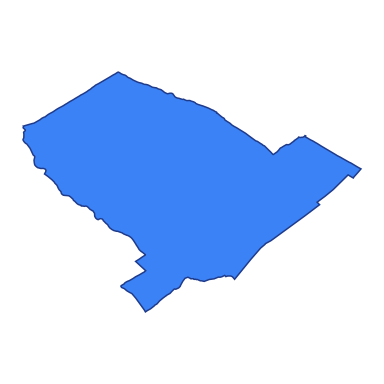 outline of Adaseni, Botosani, Romania
{"feature_id": "2599482B82980263638886", "entity_name": "Adaseni", "entity_type": "district", "adm_level": 2, "iso_a3": "ROU", "parent_name": "Romania", "parent_adm1": "Botosani", "projection": "equal_earth", "projection_center": [26.935, 48.065], "detail": "fine", "context": "isolated", "style": "filled", "palette": "blue", "viewbox_px": 384, "rotation_deg": 0, "n_neighbors": 0, "source": "geoboundaries", "source_scale": "gbopen_adm2", "svg_char_len": 5877}
<svg xmlns="http://www.w3.org/2000/svg" viewBox="0 0 384 384"><path d="M353.3,178.0L353.9,177.0L354.5,176.3L357.4,173.1L361.0,168.9L357.7,167.1L350.9,163.0L349.3,162.3L344.7,159.7L342.9,158.7L340.7,157.4L337.2,155.6L336.4,155.1L335.8,154.7L321.3,146.1L317.2,143.5L315.4,142.5L312.9,141.0L312.1,140.6L311.0,140.1L310.1,139.6L305.3,136.8L305.5,136.5L305.7,135.9L305.0,135.6L304.5,136.3L303.8,136.8L303.2,137.1L302.5,137.3L301.6,137.3L300.5,137.5L299.5,137.3L298.6,137.1L298.3,137.7L297.8,138.1L297.0,138.7L295.6,139.7L294.3,140.5L294.0,140.9L294.0,141.1L293.6,141.4L293.3,141.6L293.2,141.7L292.3,142.2L291.7,142.8L291.1,143.2L290.4,143.7L290.3,143.9L290.2,144.0L289.0,144.6L288.5,144.7L288.2,144.7L287.7,144.7L286.4,144.6L283.4,146.3L281.7,147.4L280.3,148.1L279.4,149.2L278.9,149.9L277.8,151.1L277.2,151.7L276.7,152.2L276.2,152.5L275.6,152.9L274.9,153.4L274.5,153.7L273.6,154.3L273.3,154.5L273.1,154.4L272.9,154.4L272.6,154.1L270.5,151.8L268.5,149.9L267.2,148.6L265.3,146.7L264.9,146.3L264.5,145.9L263.5,145.5L263.1,145.3L262.3,144.6L261.8,144.2L260.7,143.6L259.8,143.0L258.3,142.0L257.6,141.5L256.9,141.2L256.3,141.1L255.8,140.8L255.4,140.6L248.2,135.3L245.6,133.3L239.4,129.5L237.7,128.4L236.0,127.4L234.1,126.4L232.5,125.4L231.8,124.9L231.4,124.6L231.0,124.2L230.8,123.9L230.2,123.4L229.3,122.8L227.2,121.5L226.2,120.8L225.8,120.6L225.3,120.2L225.0,120.0L224.8,119.8L224.5,118.9L224.2,118.5L223.9,118.2L223.5,117.9L223.2,117.8L222.4,117.4L219.9,115.4L218.4,114.1L217.3,113.2L217.1,113.1L216.9,113.1L216.7,113.1L216.7,112.7L216.7,112.3L216.4,112.1L216.1,111.9L215.7,111.7L215.1,111.5L214.2,110.9L213.1,110.2L212.5,110.0L211.7,109.7L209.5,108.6L209.1,108.4L208.4,108.1L208.0,107.9L207.6,107.7L206.5,107.4L205.8,107.0L204.6,106.7L203.9,106.3L202.7,105.9L201.0,105.4L197.9,104.4L196.1,103.6L195.8,103.4L195.3,102.8L195.0,102.6L194.7,102.4L193.7,101.9L193.2,101.7L192.6,101.5L191.7,101.3L190.5,100.8L190.1,100.6L189.5,100.5L189.1,100.5L187.1,100.6L186.5,100.5L185.6,100.2L184.2,99.5L183.6,99.2L183.4,99.2L183.0,99.4L182.7,99.4L182.2,99.3L181.5,99.1L180.2,98.7L179.6,98.5L179.0,98.3L177.5,98.1L176.8,97.8L175.7,97.3L175.1,96.9L174.8,96.6L174.3,95.9L173.6,94.9L172.8,93.8L172.3,93.5L171.7,93.3L171.1,93.2L170.4,93.2L169.9,93.2L167.9,93.7L167.6,93.7L167.3,93.7L167.0,93.6L165.3,92.8L164.5,92.4L164.0,92.0L163.5,91.5L161.6,90.1L161.2,89.8L160.5,89.5L158.6,89.0L158.3,88.9L157.8,88.7L156.9,88.1L156.5,87.9L156.0,87.8L153.9,87.5L152.8,87.3L152.3,87.2L151.9,87.0L150.7,86.3L149.4,85.6L148.4,85.1L148.0,85.0L147.5,84.8L146.2,84.5L145.3,84.4L144.6,84.4L144.3,84.3L143.9,84.2L143.0,83.8L142.0,83.3L141.6,83.2L141.3,83.1L139.9,82.8L138.7,82.5L137.3,82.0L135.8,81.3L133.4,80.2L131.2,78.9L130.6,78.5L130.0,78.2L128.6,77.7L128.0,77.4L127.2,76.8L126.5,76.1L126.0,75.7L125.5,75.4L125.1,75.2L124.6,75.0L123.1,74.6L122.6,74.4L121.9,74.1L121.2,73.8L119.6,72.7L119.0,72.4L118.4,72.2L118.2,72.1L117.7,72.3L116.4,73.1L115.4,73.8L113.1,75.0L110.5,76.6L105.6,79.5L98.4,83.7L97.0,84.4L95.6,85.1L94.2,86.3L92.1,87.7L91.3,88.5L90.5,89.1L90.0,89.5L88.6,90.3L86.9,91.6L85.1,92.7L82.5,94.2L81.0,94.9L79.2,96.1L76.3,97.8L75.1,98.5L74.2,99.1L72.9,99.9L70.7,101.1L69.7,101.7L68.7,102.3L66.9,103.5L65.6,104.2L63.3,105.7L61.1,106.9L59.1,107.9L56.7,109.3L53.2,111.7L52.5,112.1L50.6,113.1L49.2,113.9L48.3,114.4L47.4,115.1L46.8,115.5L45.8,116.3L45.1,116.9L44.2,117.1L41.8,118.3L39.9,119.8L36.9,121.5L34.1,123.1L32.0,123.6L23.3,126.1L23.6,126.5L23.1,127.8L25.2,129.8L25.2,130.7L24.8,131.1L24.2,131.5L23.6,132.4L23.8,133.4L23.9,134.3L23.8,137.7L23.0,139.5L23.2,140.4L24.2,141.9L25.4,143.2L26.9,144.1L30.1,148.4L33.0,154.6L33.4,155.3L34.2,155.8L34.7,156.4L34.7,157.2L34.0,160.2L34.3,162.9L34.7,164.8L35.8,166.2L37.5,167.6L40.9,168.5L43.2,168.4L44.9,168.9L46.0,170.2L45.6,172.1L44.8,173.3L44.5,174.0L45.4,174.6L48.0,176.5L52.0,179.8L54.3,182.1L54.8,183.1L56.8,185.1L57.2,185.8L57.9,187.4L58.5,188.7L58.9,189.3L59.5,190.2L60.4,191.0L61.1,192.0L61.2,193.0L61.6,193.8L62.3,194.5L63.3,195.2L64.6,195.4L67.3,195.6L68.9,195.8L70.5,196.9L73.0,199.2L73.5,200.4L74.7,201.2L76.9,203.5L78.3,204.5L81.1,205.4L81.3,206.0L83.4,206.1L84.1,206.3L84.6,206.3L85.4,206.1L86.0,206.1L86.8,206.3L87.4,206.7L88.2,207.4L90.1,209.4L91.2,210.0L92.2,210.7L92.8,210.7L94.5,213.3L94.6,214.4L94.6,215.2L94.8,216.5L95.8,218.2L97.0,219.2L97.9,219.6L98.5,219.6L99.3,219.0L100.1,218.7L100.8,218.7L102.1,219.0L102.7,219.4L103.1,220.0L103.2,220.6L103.8,221.1L104.5,221.8L105.6,223.0L106.5,223.8L107.2,224.3L107.7,224.7L108.0,225.3L108.6,226.4L109.9,228.0L112.0,229.6L112.7,229.9L113.4,230.4L115.1,230.9L116.2,231.2L117.0,231.3L117.9,231.3L118.5,231.6L121.0,232.5L122.2,232.9L123.4,233.8L124.5,234.3L125.5,234.7L126.8,235.3L127.5,235.4L128.8,236.0L130.6,237.2L131.8,238.3L133.5,240.5L134.9,242.7L136.0,244.4L136.5,245.4L137.2,246.3L138.2,247.9L139.1,249.5L139.9,250.3L140.7,251.1L142.4,252.3L145.3,254.6L145.2,255.1L141.5,257.5L139.6,258.9L135.6,261.4L145.7,270.7L144.1,272.1L142.4,273.0L139.4,274.8L135.5,276.8L133.2,278.4L131.5,279.4L129.4,280.6L127.3,281.4L125.2,282.6L124.6,283.2L124.1,283.9L121.2,285.6L120.9,286.2L121.5,287.4L124.4,288.7L126.7,290.7L129.2,292.2L131.9,293.6L135.8,298.2L144.4,310.1L145.0,311.2L145.4,311.9L147.5,310.5L150.6,308.8L152.7,307.1L153.8,306.3L154.9,305.1L155.8,304.6L157.0,303.9L159.5,301.0L161.4,299.4L163.2,297.9L167.1,295.0L170.0,293.4L172.1,291.1L174.3,289.0L175.8,289.2L178.7,287.9L180.1,286.5L180.8,284.9L182.7,281.4L185.0,278.3L187.9,277.2L190.2,278.3L190.8,278.8L193.3,278.7L193.9,279.3L196.0,279.3L196.5,279.6L197.4,279.5L200.3,280.8L201.5,280.8L204.2,281.4L209.2,279.5L214.2,278.8L218.4,277.1L220.2,277.2L221.8,276.8L224.7,275.4L225.8,276.6L227.7,276.0L230.7,276.0L232.4,276.7L234.6,279.3L250.8,259.4L260.7,248.0L265.1,244.3L265.3,243.7L270.9,240.7L304.8,215.9L319.6,204.7L317.1,202.2L325.0,196.3L333.3,189.5L348.1,174.9L348.7,175.2L350.0,176.1L353.3,178.0Z" fill="#3b82f6" stroke="#1e3a8a" stroke-width="1.5"/></svg>